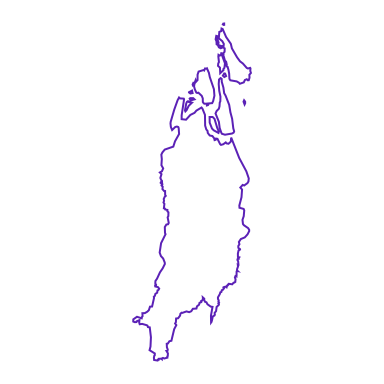 Nuea Khlong, Krabi, Thailand, rotated 179°
{"feature_id": "78962969B85849913295543", "entity_name": "Nuea Khlong", "entity_type": "district", "adm_level": 2, "iso_a3": "THA", "parent_name": "Thailand", "parent_adm1": "Krabi", "projection": "equal_earth", "projection_center": [99.032, 8.005], "detail": "fine", "context": "isolated", "style": "outline", "palette": "violet", "viewbox_px": 384, "rotation_deg": 179, "n_neighbors": 0, "source": "geoboundaries", "source_scale": "gbopen_adm2", "svg_char_len": 6038}
<svg xmlns="http://www.w3.org/2000/svg" viewBox="0 0 384 384"><g transform="rotate(179 192 192)"><path d="M175.2,61.2L174.6,62.0L174.6,63.5L174.2,63.6L173.4,67.2L172.1,67.9L172.4,68.7L172.0,68.3L171.3,68.8L171.5,70.7L170.0,72.5L169.4,76.6L167.1,78.8L167.0,79.6L167.6,80.3L166.9,81.2L167.5,82.0L167.2,83.2L167.9,84.6L167.9,86.2L166.0,89.4L165.4,91.2L164.4,91.5L163.9,93.3L162.8,93.7L161.7,95.1L162.3,95.8L162.2,96.2L160.2,96.8L159.1,96.1L158.7,97.6L157.6,98.8L157.5,98.4L156.4,99.5L153.4,99.0L152.1,100.5L151.6,100.6L151.5,100.0L151.2,100.9L150.3,101.3L150.0,104.0L150.6,105.8L150.0,107.2L149.3,106.9L149.4,107.4L148.9,107.5L148.8,111.7L148.5,112.4L147.7,112.2L148.3,112.8L148.3,114.0L147.3,116.7L147.4,117.7L147.1,117.4L146.8,118.1L147.1,122.1L147.7,123.0L147.7,123.9L146.5,124.4L146.9,125.0L146.0,125.9L147.2,126.3L147.2,129.6L146.5,132.6L145.0,133.6L145.2,134.3L146.3,134.7L146.7,136.0L146.6,137.3L145.5,138.9L146.0,141.2L144.0,144.1L140.0,145.7L137.2,148.7L135.5,151.9L135.5,153.2L136.5,154.9L140.7,157.9L141.6,159.1L142.0,163.3L140.7,166.9L140.1,172.7L140.7,174.2L144.8,175.4L144.9,177.7L142.6,185.9L141.9,193.6L143.6,195.6L141.2,198.2L139.7,197.6L136.4,199.9L135.4,201.5L135.0,204.6L137.3,211.7L144.2,225.2L151.6,245.0L152.0,244.9L152.2,242.2L152.7,241.3L154.7,239.6L156.6,240.0L157.4,241.0L159.9,239.2L162.2,238.6L163.0,239.3L165.6,244.7L167.0,245.0L167.4,243.8L168.5,243.5L168.9,245.3L170.6,247.6L173.3,248.2L175.2,250.8L175.4,252.8L176.6,254.3L177.7,258.1L177.7,268.9L180.1,275.1L181.0,276.3L186.2,273.3L188.1,271.1L192.3,269.1L196.7,264.4L201.1,265.0L201.0,268.9L198.3,284.9L198.6,285.5L202.4,285.8L203.3,286.7L204.8,284.0L208.3,274.7L212.1,262.5L212.3,260.9L212.0,257.4L210.8,254.3L207.6,257.3L205.9,257.7L204.6,257.2L204.2,256.1L203.9,250.2L208.1,243.0L209.9,237.7L218.5,234.9L220.9,232.1L222.0,229.9L221.6,225.4L222.1,219.3L220.4,216.1L221.7,213.2L223.8,212.1L222.2,210.4L223.4,206.6L222.6,204.6L221.8,203.6L221.8,202.6L222.6,202.8L223.2,201.7L222.3,200.7L221.6,200.7L221.5,200.0L222.3,199.0L221.2,197.8L221.5,195.4L219.8,193.4L218.9,193.4L218.9,189.6L218.3,188.6L219.3,187.8L220.4,185.5L220.1,183.6L220.7,182.0L219.8,180.6L220.4,176.2L219.4,175.9L219.1,175.0L216.9,174.5L216.9,173.1L215.9,172.1L216.1,168.3L216.8,167.1L215.8,161.5L216.5,160.2L218.2,159.9L219.8,157.4L219.7,151.5L219.2,150.3L223.8,141.4L225.4,132.0L224.2,128.5L222.0,126.0L220.5,122.0L220.4,120.5L222.7,116.1L225.4,112.3L228.5,105.9L230.1,103.7L230.3,101.3L229.5,99.8L229.7,99.1L230.5,99.1L230.4,98.2L227.7,97.5L226.5,95.9L227.3,94.6L228.2,94.2L228.6,91.9L230.4,90.8L230.9,88.9L232.0,87.9L231.8,86.8L233.9,78.2L236.0,78.1L237.2,74.6L238.8,73.1L241.3,71.7L243.7,71.7L243.6,68.7L244.3,67.8L244.5,66.6L249.2,68.2L252.9,65.7L253.0,63.5L251.7,62.9L249.8,62.9L249.6,63.7L246.8,64.8L247.1,62.4L246.6,60.7L244.1,61.0L239.6,59.6L238.9,59.2L238.4,57.7L236.6,57.4L235.6,47.5L236.2,38.2L237.2,34.6L232.0,31.2L232.1,29.4L232.6,28.9L233.0,26.9L232.8,24.7L229.4,24.1L229.1,24.9L228.3,24.8L228.1,25.8L225.7,25.9L225.1,25.4L225.1,26.1L223.9,26.6L222.7,26.0L219.5,26.8L219.6,28.0L219.1,28.4L218.9,31.1L220.3,33.5L219.3,33.6L219.0,34.9L219.8,37.2L219.9,40.7L218.8,40.9L217.2,43.2L215.2,43.6L212.2,55.2L210.0,59.2L211.2,60.8L210.4,62.1L210.1,65.8L208.1,66.0L206.1,68.6L205.7,70.5L204.5,71.5L203.8,71.3L199.6,72.7L196.9,71.9L194.8,72.8L193.2,75.2L189.6,75.4L189.0,77.6L186.9,79.2L186.4,81.1L184.7,81.7L184.8,82.8L183.6,83.3L182.9,85.4L183.0,86.4L181.6,85.1L181.7,84.0L180.9,82.0L179.5,81.5L178.5,79.5L175.3,77.1L173.5,76.8L175.2,68.1L175.2,61.2ZM143.2,300.5L142.3,299.4L138.3,300.7L137.2,303.0L135.3,303.8L134.2,302.7L133.3,302.8L132.5,305.3L132.6,308.2L131.0,310.0L131.6,312.0L131.4,314.6L131.7,315.1L133.9,314.5L135.1,315.1L138.9,319.6L141.7,321.8L144.6,325.9L149.6,334.9L150.6,339.5L155.2,346.4L158.5,354.4L159.6,354.9L160.0,352.3L161.9,351.6L162.5,345.2L159.1,342.3L157.6,339.5L157.9,337.0L158.8,337.0L159.1,338.4L158.8,336.2L156.8,335.0L157.0,331.6L158.2,330.3L158.1,329.0L158.8,328.4L158.0,327.4L156.8,322.9L155.6,321.6L155.0,318.6L155.3,317.7L154.9,316.8L154.2,316.5L153.4,313.4L152.8,309.8L152.6,304.5L151.7,303.0L145.4,301.8L143.2,300.5ZM161.1,249.7L158.0,248.7L150.8,249.8L149.3,250.7L148.8,251.9L149.6,254.9L150.6,264.5L152.2,271.0L153.3,278.5L156.8,287.9L158.1,290.2L158.8,295.9L160.3,301.6L160.4,304.7L161.4,305.4L163.0,304.0L163.4,299.5L163.0,292.7L161.9,286.9L162.1,282.2L162.7,280.9L163.0,277.2L163.7,274.8L166.0,272.5L167.1,270.1L163.9,261.7L163.2,255.5L161.7,250.9L161.1,249.7ZM178.7,280.4L177.7,280.0L170.3,280.5L169.3,282.4L167.9,287.9L168.3,294.4L172.2,306.6L173.0,310.8L174.9,315.4L175.5,315.0L176.8,315.3L177.7,313.4L178.1,313.8L183.3,312.3L184.4,309.2L184.5,303.8L186.1,302.1L186.5,303.6L187.4,301.3L188.1,297.6L187.4,294.7L186.0,291.4L185.1,290.9L183.9,291.2L180.6,288.0L179.6,285.4L179.6,281.8L178.7,280.4ZM163.3,327.0L162.8,321.4L163.5,320.1L163.8,317.7L161.9,315.9L161.7,310.3L158.4,313.3L158.5,314.3L157.4,315.6L156.8,320.1L160.2,329.9L160.1,331.2L160.7,328.5L161.8,327.9L163.1,328.7L163.3,327.0ZM173.1,266.7L173.1,261.0L170.9,255.1L169.2,253.3L164.5,250.6L164.1,251.8L165.7,255.8L168.2,264.7L170.0,266.6L173.1,266.7ZM196.2,280.7L197.6,273.7L197.2,272.7L196.0,273.9L193.8,278.2L190.5,281.3L193.6,282.0L194.5,282.8L195.4,282.3L196.2,280.7ZM165.0,347.7L165.7,344.3L164.9,342.2L164.8,339.2L164.1,338.8L163.1,339.8L162.8,340.9L164.4,345.7L164.3,347.5L165.0,347.7ZM157.7,310.0L159.1,307.8L157.7,306.4L155.9,307.3L156.8,309.8L157.7,310.0ZM192.7,285.4L191.8,283.6L187.9,284.6L189.1,285.8L192.1,285.9L192.7,285.4ZM190.2,293.4L193.3,291.8L193.3,291.6L191.9,290.5L189.7,290.9L190.2,293.4ZM162.3,338.2L163.3,337.8L162.6,336.2L160.8,335.2L160.0,335.5L160.4,337.5L162.3,338.2ZM138.3,282.8L138.9,281.4L137.9,278.6L137.3,279.8L137.3,281.4L138.3,282.8ZM188.7,301.2L189.5,299.5L189.3,298.8L188.7,299.4L188.3,301.1L188.7,301.2ZM175.6,278.3L174.5,278.6L174.2,279.1L175.6,279.4L175.6,278.3ZM157.2,358.6L156.9,357.7L156.9,359.9L157.8,359.8L158.2,359.0L157.2,358.6ZM194.4,282.8L193.9,282.3L193.4,282.4L194.4,282.8Z" fill="none" stroke="#5b21b6" stroke-width="2"/></g></svg>